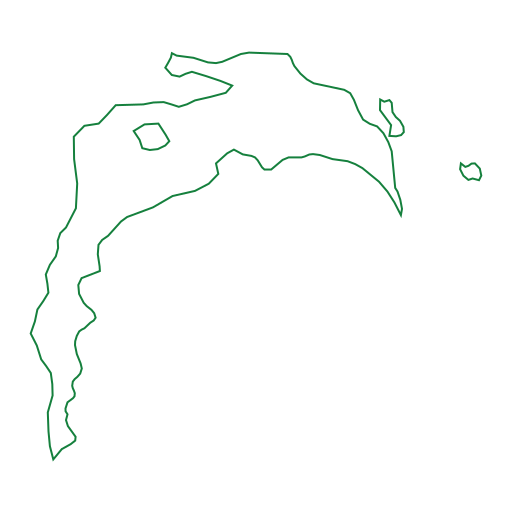 Bakı, Mercator projection
{"feature_id": "AZE-1689", "entity_name": "Bakı", "entity_type": "Municipality", "adm_level": 1, "iso_a3": "AZE", "parent_name": "Azerbaijan", "parent_adm1": "", "projection": "mercator", "projection_center": [49.815, 40.127], "detail": "fine", "context": "isolated", "style": "outline", "palette": "green", "viewbox_px": 512, "rotation_deg": 0, "n_neighbors": 0, "source": "natural_earth", "source_scale": "10m", "svg_char_len": 2401}
<svg xmlns="http://www.w3.org/2000/svg" viewBox="0 0 512 512"><path d="M171.9,53.2L176.6,55.6L193.5,57.8L208.0,62.4L216.0,63.1L222.2,61.8L240.9,54.0L249.0,52.6L287.5,54.0L290.3,56.8L291.8,59.9L292.9,63.1L294.4,66.1L300.4,73.6L306.9,79.4L313.7,83.3L344.2,89.8L350.2,93.2L353.9,99.8L358.0,110.1L363.1,119.6L369.8,123.8L377.1,126.4L383.4,133.2L388.3,142.1L391.7,151.3L395.2,187.9L397.5,191.5L400.3,199.8L402.0,208.9L400.9,215.1L394.4,202.4L387.4,191.5L379.0,181.7L362.4,168.1L355.2,164.1L347.6,161.2L332.5,159.1L319.8,155.0L313.0,154.1L309.3,154.5L304.7,156.5L301.5,157.4L288.6,157.4L282.6,159.9L271.2,169.5L264.4,169.5L262.0,167.3L257.7,160.3L255.0,157.4L251.4,155.9L242.8,154.4L233.9,149.6L227.2,153.3L216.0,163.4L218.3,173.9L208.8,183.7L195.0,190.9L172.6,196.0L152.9,207.4L127.1,217.0L121.0,221.5L108.1,235.8L102.2,239.9L98.5,244.8L97.8,254.3L99.6,266.3L99.9,271.0L81.6,278.1L78.3,285.0L79.1,293.9L83.7,302.8L86.7,306.1L91.5,309.9L94.2,313.2L95.6,317.7L93.7,320.5L90.3,322.7L84.4,328.3L81.7,329.6L79.2,331.4L76.8,335.9L75.2,341.2L75.0,345.1L76.8,354.0L80.6,363.4L81.8,368.5L80.2,373.6L77.3,376.9L74.7,379.1L72.8,381.6L72.2,385.8L72.8,388.2L73.9,390.6L74.8,393.2L74.5,396.3L73.0,398.2L67.5,402.3L65.5,408.5L65.6,411.3L67.5,414.3L66.0,420.1L67.9,426.1L75.6,436.8L75.2,440.6L70.6,444.2L61.8,449.1L53.3,459.4L49.9,446.2L48.5,431.4L47.8,412.4L52.6,395.5L52.3,384.1L50.8,373.0L46.2,366.1L41.2,359.4L36.8,345.5L30.7,333.5L34.9,321.4L37.4,309.5L43.2,301.2L48.4,292.7L47.4,283.7L45.8,274.5L49.9,264.8L55.8,256.4L58.1,248.0L57.7,240.7L60.3,233.1L66.0,227.5L75.9,208.3L77.2,183.5L74.1,159.1L73.8,136.7L84.4,125.8L98.7,123.6L106.9,115.1L115.7,105.2L143.3,104.4L153.4,102.5L163.7,102.1L171.4,104.4L178.8,106.8L187.0,104.3L195.0,100.4L210.4,96.9L225.8,92.8L232.2,85.6L220.4,80.9L206.1,76.1L191.9,71.8L185.6,73.8L179.6,76.6L171.8,75.0L165.3,67.7L168.2,62.7L170.9,57.6L171.9,53.2ZM133.7,131.0L134.6,132.4L139.6,139.9L142.3,148.2L149.8,150.0L157.8,149.1L165.3,145.5L169.3,141.2L165.6,134.7L158.4,123.6L144.5,124.4L133.7,131.0ZM401.1,135.1L396.1,136.3L389.4,135.9L391.1,125.1L380.0,110.1L380.2,99.5L384.3,101.7L389.4,100.1L391.7,102.8L392.5,112.1L395.8,117.0L400.0,120.8L403.4,126.8L403.8,132.1L401.1,135.1ZM479.0,180.2L472.6,178.5L468.4,179.9L463.4,175.7L460.1,169.2L460.9,163.4L465.3,166.9L468.5,165.8L471.5,163.6L474.9,163.4L479.8,168.6L481.3,175.6L479.0,180.2Z" fill="none" stroke="#15803d" stroke-width="2"/></svg>